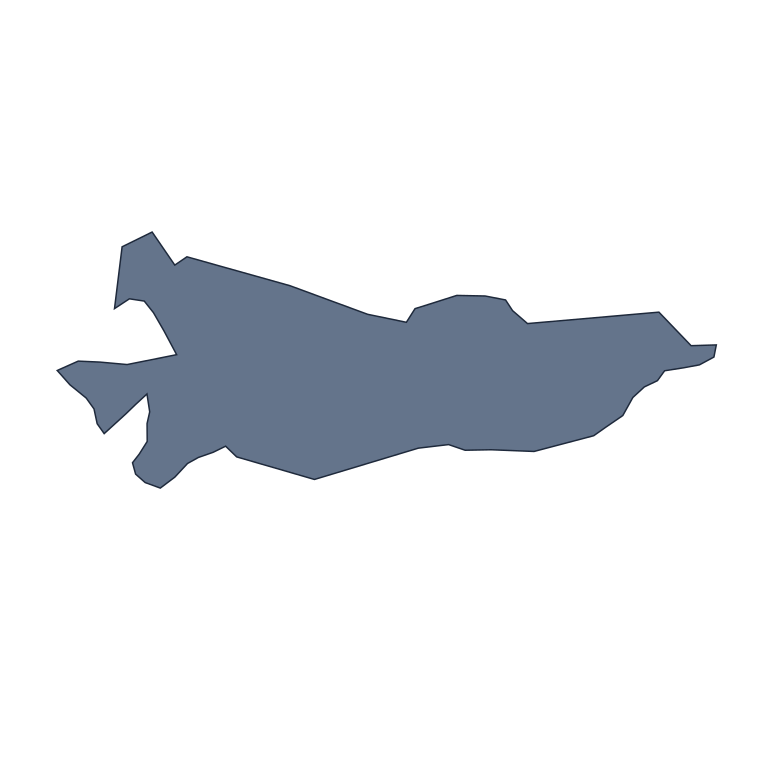 São José do Sul, Rio Grande do Sul, Brazil, rotated 276°
{"feature_id": "56859067B49166380308461", "entity_name": "São José do Sul", "entity_type": "district", "adm_level": 2, "iso_a3": "BRA", "parent_name": "Brazil", "parent_adm1": "Rio Grande do Sul", "projection": "equal_earth", "projection_center": [-51.488, -29.554], "detail": "fine", "context": "isolated", "style": "filled", "palette": "slate", "viewbox_px": 768, "rotation_deg": 276, "n_neighbors": 0, "source": "geoboundaries", "source_scale": "gbopen_adm2", "svg_char_len": 957}
<svg xmlns="http://www.w3.org/2000/svg" viewBox="0 0 768 768"><g transform="rotate(276 384 384)"><path d="M510.9,137.5L493.1,109.2L430.8,108.1L442.1,121.9L441.4,136.9L430.8,147.3L413.7,159.7L391.5,174.7L376.5,126.5L376.1,99.1L374.8,77.5L363.3,57.6L350.4,71.7L338.9,89.3L328.9,98.2L314.5,102.9L305.4,110.9L327.2,130.3L337.8,139.2L349.3,149.3L331.8,153.9L319.9,152.5L302.1,154.5L288.7,147.9L279.4,142.1L268.4,146.4L261.0,156.8L257.1,172.4L269.5,185.7L284.4,196.9L291.5,207.0L298.2,221.2L305.6,233.0L296.1,245.1L281.8,324.8L323.8,424.9L330.5,454.6L326.6,471.6L329.8,497.3L332.6,540.3L354.5,598.0L363.8,608.6L377.6,624.8L396.6,632.9L408.3,643.2L415.9,655.6L426.5,661.7L431.5,680.5L436.0,695.7L445.3,709.3L457.6,710.4L454.2,685.4L484.2,649.9L459.1,520.4L470.4,504.2L480.3,496.1L482.1,475.4L479.7,447.1L469.3,423.4L462.2,407.0L447.7,399.8L451.6,360.5L471.9,280.3L489.9,174.7L480.4,163.5L510.9,137.5Z" fill="#64748b" stroke="#1e293b" stroke-width="1.5"/></g></svg>